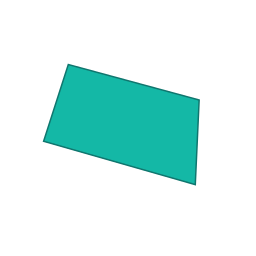 outline of Akhmim City, Suhaj, Egypt, rotated 228°
{"feature_id": "37247803B43234746614791", "entity_name": "Akhmim City", "entity_type": "district", "adm_level": 2, "iso_a3": "EGY", "parent_name": "Egypt", "parent_adm1": "Suhaj", "projection": "mercator", "projection_center": [31.873, 26.525], "detail": "fine", "context": "isolated", "style": "filled", "palette": "teal", "viewbox_px": 256, "rotation_deg": 228, "n_neighbors": 0, "source": "geoboundaries", "source_scale": "gbopen_adm2", "svg_char_len": 229}
<svg xmlns="http://www.w3.org/2000/svg" viewBox="0 0 256 256"><g transform="rotate(228 128 128)"><path d="M215.1,126.1L174.6,56.4L40.9,140.1L101.2,199.6L215.1,126.1Z" fill="#14b8a6" stroke="#0f766e" stroke-width="1.5"/></g></svg>